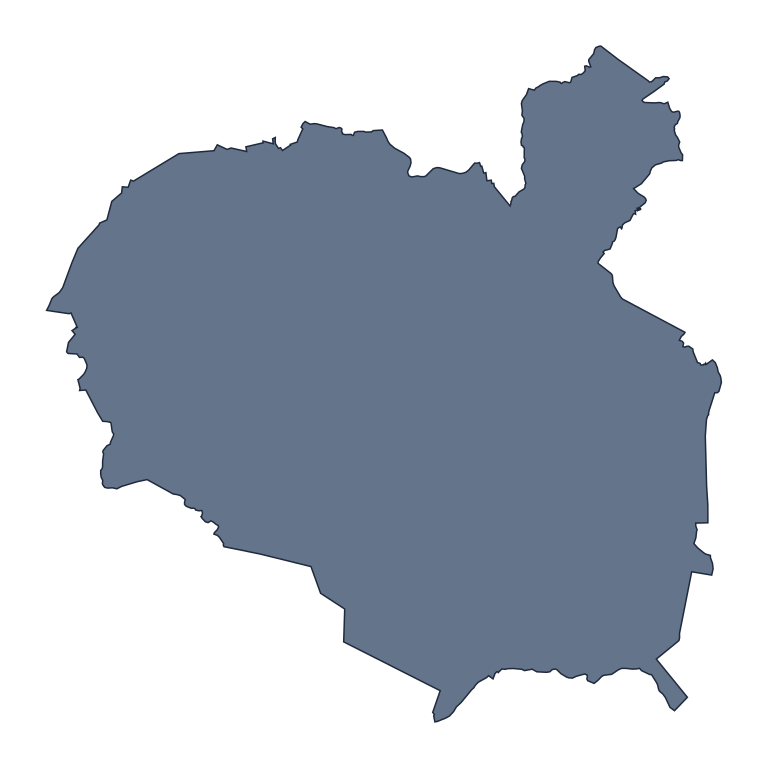 outline of Senguio, Michoacán, Mexico
{"feature_id": "50627088B60527111015727", "entity_name": "Senguio", "entity_type": "district", "adm_level": 2, "iso_a3": "MEX", "parent_name": "Mexico", "parent_adm1": "Michoacán", "projection": "albers", "projection_center": [-100.328, 19.746], "detail": "fine", "context": "isolated", "style": "filled", "palette": "slate", "viewbox_px": 768, "rotation_deg": 0, "n_neighbors": 0, "source": "geoboundaries", "source_scale": "gbopen_adm2", "svg_char_len": 6047}
<svg xmlns="http://www.w3.org/2000/svg" viewBox="0 0 768 768"><path d="M710.4,555.4L705.8,554.1L703.8,552.9L697.8,548.0L693.9,543.6L695.9,537.7L696.5,531.8L697.1,529.7L695.8,526.1L695.7,523.1L707.9,522.8L707.8,504.7L706.6,485.7L705.3,435.9L706.5,419.4L707.6,416.0L708.7,414.6L708.5,413.4L709.1,410.6L714.8,392.7L717.4,392.7L718.9,391.4L721.4,382.5L720.8,377.7L720.1,375.4L718.1,371.7L717.4,367.8L715.3,362.6L712.4,359.9L706.0,364.5L705.6,363.2L705.0,364.1L703.9,364.2L703.7,364.8L701.0,365.1L700.1,363.4L697.5,362.5L693.2,351.9L692.8,349.0L688.8,346.2L686.3,346.4L684.7,347.2L682.9,346.6L683.6,343.0L682.2,341.3L679.3,340.3L681.3,336.5L684.3,333.7L685.0,332.3L622.6,299.1L620.5,296.8L614.0,285.7L612.9,282.2L612.4,275.7L612.0,274.8L611.1,273.6L598.0,263.3L598.2,261.6L600.4,258.1L604.2,253.5L603.0,252.1L604.6,250.5L610.1,249.0L612.3,243.6L612.5,242.0L614.3,241.0L615.2,239.6L616.0,237.3L617.6,228.6L619.3,227.3L620.5,227.0L621.5,228.9L621.8,228.7L622.5,225.0L624.6,222.9L630.0,220.4L633.2,214.1L634.2,213.6L635.6,214.2L635.2,210.7L637.4,210.3L637.5,210.7L640.6,209.4L640.5,208.6L637.8,209.1L637.1,208.3L639.1,207.7L645.1,202.9L646.2,200.3L645.7,198.9L644.3,197.1L638.2,193.4L633.6,188.6L641.4,183.7L649.7,173.8L650.4,171.0L651.8,167.9L655.5,164.8L661.5,163.1L663.4,161.9L669.4,160.7L675.7,160.5L678.5,159.7L680.7,160.6L682.4,160.6L682.6,154.7L681.1,152.8L678.8,147.4L678.6,145.2L679.7,142.0L677.3,137.2L675.7,135.1L674.2,130.3L674.6,129.0L674.2,127.2L675.1,124.9L677.4,123.4L677.8,121.6L679.9,117.8L680.1,115.5L679.5,112.3L678.8,111.3L677.5,111.2L673.7,112.2L672.1,111.8L670.9,110.5L669.6,108.2L667.8,102.2L664.8,103.6L663.2,103.6L661.3,102.8L658.9,102.5L655.2,102.9L644.5,102.5L643.3,101.8L642.1,100.6L642.7,99.2L654.3,91.3L664.1,84.1L664.8,81.9L667.3,81.0L669.1,78.7L667.6,76.9L663.5,76.5L659.3,77.8L655.6,77.8L652.5,81.0L650.8,82.0L649.2,81.9L648.2,80.8L617.7,59.1L600.9,46.1L599.2,46.2L595.8,47.6L594.4,50.2L593.8,53.5L588.8,59.6L588.7,61.3L590.8,66.8L589.6,67.2L586.3,65.8L584.7,66.2L585.2,70.7L583.6,72.7L581.2,74.5L578.8,74.3L577.1,75.7L572.0,77.4L570.9,81.5L570.3,82.4L569.3,82.7L564.9,81.6L562.8,82.4L561.9,83.3L561.3,83.4L560.9,83.3L560.1,82.2L556.7,81.4L549.3,81.3L543.1,83.8L539.7,85.7L539.2,86.3L535.7,88.2L534.4,90.2L528.6,88.6L526.4,94.7L522.2,100.6L521.4,103.6L522.4,110.9L521.9,114.9L522.1,115.7L523.8,118.0L524.1,119.2L523.9,121.7L522.7,124.6L521.5,130.7L521.3,132.5L522.0,133.3L522.4,136.6L521.5,138.6L521.0,142.0L521.5,145.4L522.7,145.7L523.2,147.0L524.3,147.6L524.2,157.9L524.9,158.8L524.9,159.6L524.8,161.4L522.2,164.9L521.4,168.4L524.7,176.3L524.6,178.8L525.9,183.5L525.1,184.9L525.1,186.9L524.1,188.9L519.1,191.8L515.0,196.4L513.5,196.5L512.7,197.2L512.1,198.2L511.8,200.1L510.9,201.6L511.0,203.1L510.1,206.0L494.3,186.7L493.8,183.3L491.7,183.5L491.3,180.2L486.9,180.7L485.9,172.6L483.7,173.1L481.8,166.1L480.7,166.3L479.5,162.6L477.1,163.2L474.6,163.1L468.7,170.1L466.1,172.1L463.8,173.0L460.9,173.6L458.6,173.4L439.5,167.7L436.6,167.6L433.2,168.7L425.9,175.9L424.3,176.6L420.6,176.6L417.5,175.9L411.8,177.0L409.0,175.9L407.7,172.8L407.8,171.0L410.0,166.5L411.0,162.9L410.6,159.2L409.6,157.6L404.0,153.3L394.5,148.1L389.9,144.2L387.9,141.2L386.6,138.0L382.4,130.0L373.1,130.6L371.6,131.9L365.7,132.1L363.8,131.4L357.8,131.4L354.6,132.2L353.3,135.5L351.6,135.0L351.1,134.4L345.2,134.6L342.5,134.0L342.5,132.8L341.5,131.4L342.0,129.2L341.1,128.1L339.2,127.5L336.0,128.7L333.9,127.6L327.4,126.6L317.4,124.0L314.5,123.6L310.2,124.2L305.1,121.5L302.9,123.7L301.1,127.3L302.8,128.8L297.8,139.8L297.3,142.0L290.2,144.4L290.5,145.2L282.5,150.5L280.5,147.7L278.5,148.4L275.5,143.8L275.2,141.7L275.3,137.5L272.6,138.8L273.2,143.8L263.0,141.1L263.2,142.8L245.9,146.8L246.7,151.5L231.0,148.0L227.1,149.4L217.3,144.8L214.0,150.7L178.9,153.6L133.5,181.1L130.7,180.1L128.1,187.3L122.3,186.8L121.6,193.0L111.8,201.4L106.9,219.9L99.6,223.1L99.0,224.9L77.9,248.3L71.8,263.0L62.7,287.7L59.3,292.5L53.8,296.6L52.0,298.4L49.2,305.3L46.6,310.4L69.1,313.7L71.0,313.0L77.3,327.4L75.9,327.5L76.1,327.9L72.0,330.6L75.1,334.3L68.5,342.4L66.6,351.8L67.6,353.1L68.5,353.5L77.0,354.0L79.5,357.4L82.8,357.2L84.3,358.5L87.0,364.9L86.8,368.1L85.1,372.1L83.7,374.3L78.9,379.2L77.9,379.6L80.1,388.3L79.6,390.5L85.8,390.0L97.4,412.4L102.7,421.3L107.2,421.6L110.4,422.4L111.0,423.0L112.1,431.0L112.6,432.5L113.7,433.9L113.4,435.7L110.4,442.4L110.3,444.1L107.0,445.7L103.2,450.4L102.8,451.9L103.6,454.0L102.6,461.2L102.6,466.4L102.1,468.8L100.7,470.4L100.7,474.1L101.2,477.3L102.7,480.3L102.4,483.6L102.9,485.0L104.7,487.4L107.7,488.1L112.4,487.8L116.9,488.8L121.6,486.4L137.2,481.7L147.1,479.6L173.2,494.0L177.1,494.6L180.4,495.6L185.3,499.6L184.6,501.8L184.5,504.1L185.3,505.4L186.5,506.4L191.3,508.3L193.7,508.1L195.2,509.0L195.8,510.1L199.0,510.8L201.8,510.5L202.5,513.2L201.5,516.3L201.0,516.5L202.0,518.2L205.4,521.8L208.1,522.6L210.9,520.9L213.2,522.0L216.1,524.4L218.3,525.6L218.5,527.3L217.0,530.0L214.5,532.5L213.9,534.1L217.3,535.3L219.4,537.3L223.6,543.5L223.3,545.1L224.0,546.7L260.0,554.0L311.0,566.6L320.6,593.3L344.7,609.0L343.7,641.9L440.2,690.7L432.7,712.4L434.4,714.5L433.7,715.9L434.9,721.9L437.1,721.5L445.7,718.1L449.5,716.0L453.6,711.6L456.4,706.9L461.3,702.3L471.6,689.8L473.9,687.7L475.3,685.3L478.3,682.2L486.6,677.6L488.6,675.7L493.0,678.9L495.0,673.6L496.7,671.8L497.6,671.8L498.2,672.6L501.5,669.3L502.8,669.0L505.1,669.3L507.6,668.7L513.1,668.5L521.8,669.3L524.5,670.6L532.2,669.2L536.8,671.8L546.6,672.3L549.8,671.8L552.2,669.6L555.2,669.0L556.8,669.6L561.1,673.8L566.4,677.0L568.6,677.8L572.5,678.1L576.3,676.3L584.6,674.0L587.1,675.0L587.3,677.1L586.8,678.8L587.7,680.7L594.1,683.4L597.9,680.4L601.6,676.5L603.8,675.3L611.7,674.3L618.2,669.9L621.5,668.4L626.0,668.4L632.5,669.1L637.0,668.9L639.5,668.3L641.5,670.6L649.9,674.6L651.5,674.6L656.6,682.7L657.6,684.9L658.6,689.4L659.4,691.1L663.0,694.2L665.6,697.9L670.0,707.4L674.5,710.7L687.4,697.3L656.3,659.1L678.9,640.6L679.6,637.7L679.5,633.5L691.7,571.8L711.7,575.1L713.1,568.8L712.5,563.4L710.4,557.5L710.4,555.4Z" fill="#64748b" stroke="#1e293b" stroke-width="1.5"/></svg>